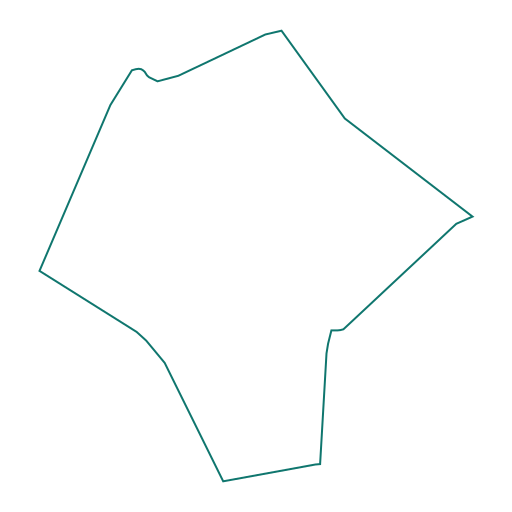 the Parish of Saint Joseph
{"feature_id": "BRB-1994", "entity_name": "Saint Joseph", "entity_type": "Parish", "adm_level": 1, "iso_a3": "BRB", "parent_name": "Barbados", "parent_adm1": "", "projection": "mercator", "projection_center": [-59.553, 13.212], "detail": "fine", "context": "isolated", "style": "outline", "palette": "teal", "viewbox_px": 512, "rotation_deg": 0, "n_neighbors": 0, "source": "natural_earth", "source_scale": "10m", "svg_char_len": 473}
<svg xmlns="http://www.w3.org/2000/svg" viewBox="0 0 512 512"><path d="M281.5,30.7L344.8,118.5L472.5,216.6L456.3,223.8L343.4,329.3L340.3,330.1L337.5,330.4L331.4,330.4L328.1,343.6L326.5,353.4L320.1,464.1L315.4,464.5L223.2,481.3L164.7,362.9L146.2,340.6L136.6,331.9L39.5,270.9L110.4,105.0L131.9,70.3L135.8,69.2L138.7,68.8L141.2,69.2L143.0,70.3L144.7,71.8L147.0,75.4L149.0,77.2L157.5,81.3L178.3,75.8L265.3,34.5L281.5,30.7Z" fill="none" stroke="#0f766e" stroke-width="2"/></svg>